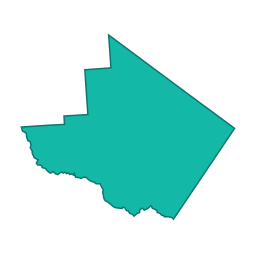 outline of Pecos, Texas, United States of America, rotated 176°
{"feature_id": "52423323B87811641324082", "entity_name": "Pecos", "entity_type": "district", "adm_level": 2, "iso_a3": "USA", "parent_name": "United States of America", "parent_adm1": "Texas", "projection": "natural_earth1", "projection_center": [-102.382, 30.712], "detail": "fine", "context": "isolated", "style": "filled", "palette": "teal", "viewbox_px": 256, "rotation_deg": 176, "n_neighbors": 0, "source": "geoboundaries", "source_scale": "gbopen_adm2", "svg_char_len": 1164}
<svg xmlns="http://www.w3.org/2000/svg" viewBox="0 0 256 256"><g transform="rotate(176 128 128)"><path d="M38.6,134.6L66.5,158.3L140.8,222.1L140.8,189.2L167.0,189.1L167.1,144.2L191.0,144.4L191.1,136.0L207.5,136.3L234.3,136.4L233.5,132.4L229.8,129.8L229.7,126.1L228.8,122.3L226.6,121.4L225.9,117.5L226.9,115.2L225.1,111.4L225.3,109.6L223.6,104.9L219.9,102.5L221.9,99.4L220.8,97.5L217.9,97.1L216.6,96.1L216.4,94.5L212.8,93.2L211.7,91.1L209.1,88.7L208.0,88.4L205.8,89.8L203.4,87.3L201.4,86.4L197.6,88.8L195.8,87.5L194.3,88.3L192.2,86.7L190.9,87.6L189.4,85.8L187.2,86.0L185.4,84.7L184.7,86.3L183.6,82.5L180.0,81.8L178.3,80.9L176.1,82.0L173.4,81.8L169.6,78.0L165.5,76.2L163.8,74.7L161.7,74.4L159.7,74.3L158.0,70.0L156.9,68.4L157.7,65.6L156.9,59.2L155.7,56.9L154.5,56.4L150.6,53.0L148.4,50.8L146.0,49.4L139.5,48.1L138.9,49.3L136.9,48.7L135.1,45.6L133.6,45.3L132.2,42.7L129.8,41.8L128.1,39.7L124.4,42.4L122.4,42.8L121.8,45.8L119.1,47.0L117.5,44.9L113.4,46.7L110.5,48.8L109.1,46.1L107.1,45.3L104.5,43.0L104.8,41.7L102.5,40.9L100.3,38.5L98.4,38.3L98.0,36.9L94.3,36.7L90.4,35.6L89.0,33.9L21.7,120.2L38.6,134.6Z" fill="#14b8a6" stroke="#0f766e" stroke-width="1.5"/></g></svg>